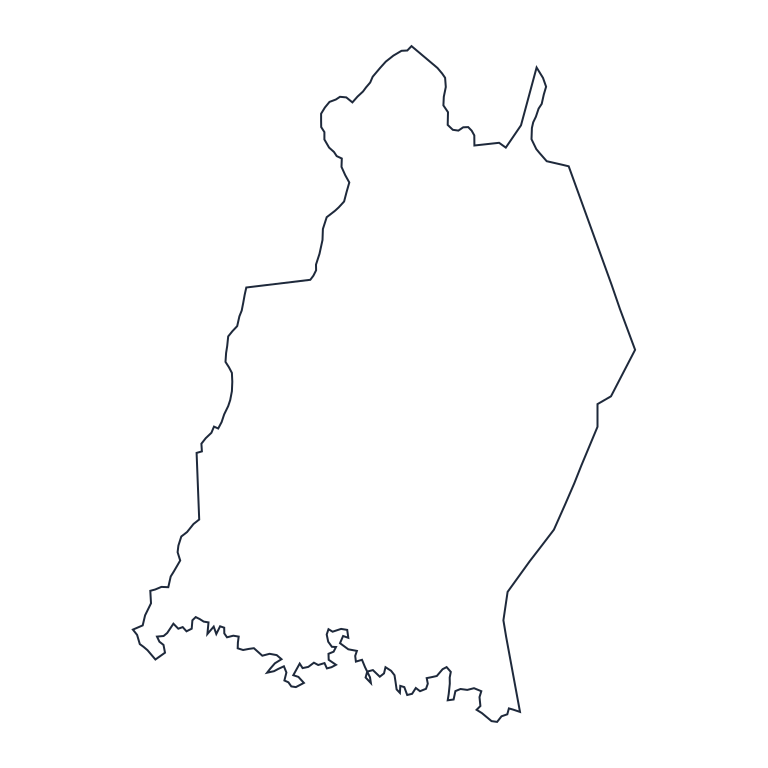 the district of Mamborê, Paraná, Brazil
{"feature_id": "56859067B66158143742669", "entity_name": "Mamborê", "entity_type": "district", "adm_level": 2, "iso_a3": "BRA", "parent_name": "Brazil", "parent_adm1": "Paraná", "projection": "equal_earth", "projection_center": [-52.631, -24.35], "detail": "fine", "context": "isolated", "style": "outline", "palette": "slate", "viewbox_px": 768, "rotation_deg": 0, "n_neighbors": 0, "source": "geoboundaries", "source_scale": "gbopen_adm2", "svg_char_len": 3297}
<svg xmlns="http://www.w3.org/2000/svg" viewBox="0 0 768 768"><path d="M246.3,287.5L244.7,294.7L243.2,303.0L241.7,310.6L239.4,316.3L237.2,326.1L232.4,331.2L228.2,336.4L227.2,346.0L226.1,353.0L225.5,361.9L228.9,367.2L231.9,372.9L232.3,381.8L231.9,391.2L230.2,400.1L228.2,406.1L224.2,414.3L221.6,422.1L218.2,428.5L214.0,426.6L211.4,432.8L205.8,438.1L201.4,443.7L201.9,451.4L196.6,452.9L199.2,519.5L193.5,524.0L187.1,532.0L181.3,536.5L178.4,545.6L177.6,552.2L180.2,560.5L173.8,571.5L170.7,576.5L168.3,587.2L161.4,586.9L155.2,589.5L150.3,590.8L151.0,603.3L145.1,615.3L142.7,625.4L132.9,629.6L137.1,634.9L139.8,644.1L143.5,646.8L147.5,650.2L155.4,659.5L165.0,652.7L163.5,644.9L159.4,641.7L157.0,636.6L163.6,636.0L167.2,633.0L173.4,623.7L178.3,628.7L182.7,627.1L186.5,631.3L191.7,628.7L192.4,620.3L195.7,617.1L199.6,619.0L203.7,621.6L208.5,622.4L207.4,634.0L213.7,626.6L216.3,634.0L220.1,626.3L224.2,627.7L224.3,633.4L227.0,637.3L233.3,635.7L238.7,636.6L237.9,642.5L237.7,648.3L243.1,650.0L248.9,648.9L253.9,648.2L262.3,655.7L269.6,653.8L276.7,655.1L281.5,659.2L274.9,663.3L270.3,668.6L267.1,672.7L274.0,671.2L278.3,668.9L283.9,666.3L286.4,672.5L284.4,680.5L288.4,682.3L291.3,686.4L295.9,687.1L303.9,682.9L298.4,676.9L293.3,675.2L299.7,663.6L302.6,668.1L308.3,666.9L313.9,662.7L318.2,665.0L324.5,663.1L326.9,668.4L331.5,667.2L336.0,664.8L328.7,659.8L328.5,653.8L333.6,651.7L336.0,647.0L331.9,646.8L328.2,641.7L326.7,634.5L328.5,629.2L332.6,631.7L341.1,628.9L347.2,629.9L348.3,637.8L343.1,636.0L340.0,643.2L348.3,649.3L356.9,650.9L355.2,655.9L355.9,661.6L362.0,659.8L365.0,667.1L367.2,671.6L372.9,670.1L379.8,676.7L384.0,673.4L385.5,667.2L391.1,670.8L394.5,675.2L395.5,681.6L396.6,689.4L399.9,692.9L400.3,685.9L404.3,687.1L407.2,695.0L412.1,693.8L415.8,688.0L420.0,691.2L426.0,688.8L427.8,683.7L426.7,678.1L430.9,677.3L436.8,676.0L442.6,669.2L446.6,667.1L450.8,671.9L449.7,677.5L449.8,683.7L448.7,694.1L447.7,700.3L453.6,699.5L455.4,691.1L460.5,689.0L467.3,689.9L474.0,688.2L481.3,691.2L479.5,697.1L480.4,706.0L476.6,709.8L481.9,713.1L491.5,721.1L497.1,721.9L501.5,716.3L507.3,714.3L508.9,708.4L513.1,709.6L520.0,711.9L506.1,636.6L503.4,620.3L507.6,591.9L529.8,561.1L539.0,549.2L543.9,542.8L553.9,529.7L565.1,504.5L574.2,483.5L581.4,465.4L597.5,426.8L597.5,404.1L611.0,396.3L635.1,349.8L619.9,308.9L611.6,284.8L568.7,166.3L562.0,164.7L546.7,161.2L539.7,153.2L536.3,149.1L531.5,139.2L531.9,128.0L533.2,122.3L535.9,116.7L538.6,108.6L541.7,103.9L543.8,94.5L546.1,86.7L543.0,77.9L536.6,67.5L521.0,125.3L505.8,147.6L499.1,142.8L474.4,145.5L474.3,135.4L471.7,130.7L468.2,127.1L463.2,127.3L458.4,130.6L452.8,129.8L447.7,124.9L448.0,112.2L443.4,105.4L443.8,96.8L445.8,87.0L445.1,77.8L442.2,73.6L437.5,68.0L411.5,46.1L407.3,50.5L401.5,50.8L393.4,55.6L385.8,61.6L380.3,67.7L372.7,76.7L370.2,82.5L366.1,87.3L363.0,91.5L357.5,96.6L352.4,102.4L346.3,97.4L340.0,96.8L335.9,99.5L329.5,101.9L324.9,107.5L321.1,113.7L321.1,120.9L321.2,127.1L324.4,132.1L324.4,139.5L329.1,147.6L334.0,152.0L336.7,156.1L341.8,158.5L341.5,166.9L345.2,175.1L349.3,182.5L346.6,191.9L344.1,201.5L338.7,207.4L335.1,210.7L326.7,217.2L322.9,229.0L322.5,240.0L319.5,253.8L316.0,264.6L316.1,270.3L313.4,275.7L310.3,279.8L246.3,287.5ZM367.2,671.6L365.6,677.5L370.9,683.1L370.0,677.3L367.2,671.6Z" fill="none" stroke="#1e293b" stroke-width="2"/></svg>